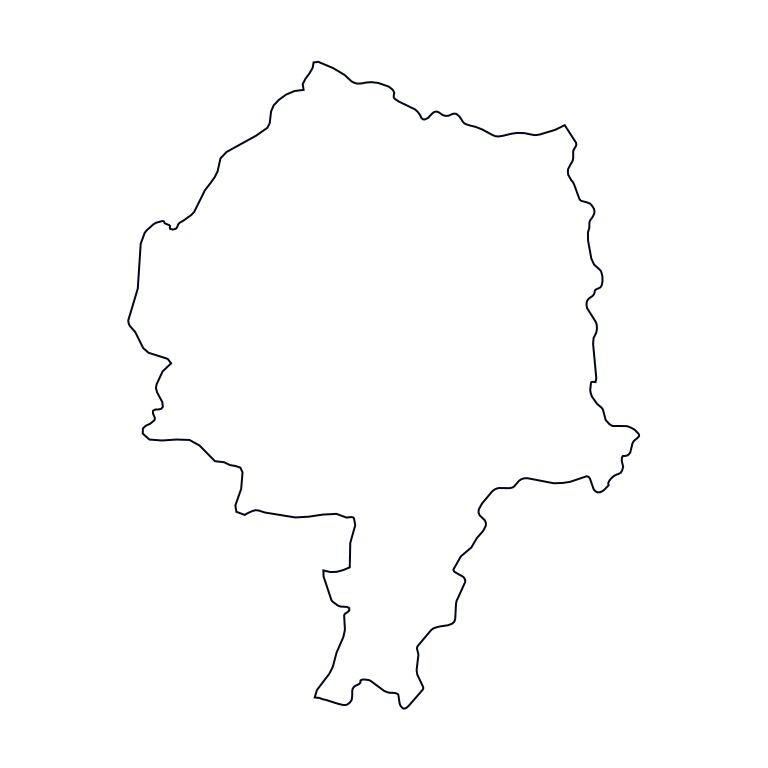 outline of Jihočeský, rotated 87°
{"feature_id": "CZE-1593", "entity_name": "Jihočeský", "entity_type": "Region", "adm_level": 1, "iso_a3": "CZE", "parent_name": "Czechia", "parent_adm1": "", "projection": "albers", "projection_center": [14.581, 49.086], "detail": "fine", "context": "isolated", "style": "outline", "palette": "ink", "viewbox_px": 768, "rotation_deg": 87, "n_neighbors": 0, "source": "natural_earth", "source_scale": "10m", "svg_char_len": 4877}
<svg xmlns="http://www.w3.org/2000/svg" viewBox="0 0 768 768"><g transform="rotate(87 384 384)"><path d="M80.3,449.5L75.0,446.4L69.8,442.1L64.3,438.6L59.2,437.5L59.2,437.3L58.8,432.9L65.8,418.4L73.3,407.2L80.1,400.6L81.6,398.0L82.6,395.2L82.7,391.1L82.4,388.7L82.0,386.0L81.9,380.8L83.1,373.9L87.3,363.6L90.6,359.9L93.5,358.5L97.3,359.3L98.6,359.1L99.9,358.2L102.9,354.1L111.4,338.6L114.2,335.9L117.5,333.8L120.0,332.9L121.7,331.3L122.0,329.6L120.7,326.2L116.3,321.6L115.1,319.9L114.7,318.2L114.9,316.3L116.0,314.5L118.1,311.9L119.0,310.1L119.5,308.3L119.5,305.6L117.8,301.1L117.7,299.5L118.1,297.6L119.7,295.8L120.9,294.6L126.4,291.4L127.9,290.2L129.0,288.1L130.3,284.8L132.1,278.8L134.9,272.7L141.0,262.7L142.4,259.7L142.8,256.5L142.4,252.5L140.8,244.0L140.2,238.1L140.8,230.8L143.1,221.8L143.4,219.5L143.0,215.4L139.2,199.9L135.0,190.0L153.1,179.6L154.8,179.4L156.3,179.8L159.9,182.3L161.6,182.9L168.1,183.2L170.2,183.7L171.9,184.4L173.6,185.7L179.2,189.0L181.8,189.3L185.0,189.0L190.6,186.1L192.3,184.8L194.7,183.7L209.7,179.1L210.7,178.3L211.5,177.4L213.2,171.9L214.7,168.7L216.7,167.0L220.2,165.1L222.4,164.8L224.8,165.1L227.9,166.8L231.7,169.8L233.5,170.4L239.2,170.9L243.2,172.4L251.5,172.7L269.6,170.4L275.7,168.0L281.3,162.4L282.6,161.5L284.1,161.0L287.8,160.3L292.8,160.4L296.5,161.3L298.1,162.2L299.1,163.3L300.3,166.4L300.9,167.7L301.6,168.4L302.4,168.7L303.6,168.9L305.1,169.5L306.2,170.3L307.5,171.8L308.1,173.0L309.6,175.1L310.3,175.8L311.0,176.4L312.0,176.9L313.4,177.4L315.7,177.6L318.9,177.2L333.4,169.1L336.0,168.5L339.8,168.4L344.0,169.4L349.1,172.3L354.9,173.1L389.4,171.7L393.2,172.7L392.9,174.2L392.8,175.5L392.9,176.7L393.4,177.2L400.8,178.4L404.1,178.0L407.5,177.0L414.9,172.3L419.4,167.6L421.5,166.6L431.6,164.5L435.9,161.0L437.9,158.0L438.6,145.5L438.8,144.1L439.1,142.7L441.0,138.8L442.3,136.8L443.2,135.7L447.0,132.4L448.5,131.9L449.7,132.2L451.4,134.0L453.6,137.0L454.6,138.0L456.3,139.0L465.4,141.7L467.1,143.2L468.2,145.0L468.4,146.3L468.5,149.4L470.1,150.3L473.3,150.6L479.2,149.5L483.0,150.8L485.0,152.2L485.8,153.7L486.7,156.7L487.7,158.9L489.0,160.8L490.6,162.5L492.1,163.8L493.5,164.7L494.9,165.3L496.9,165.0L501.3,169.7L502.6,171.8L503.4,174.0L503.4,176.3L502.3,178.4L500.2,180.1L489.2,183.3L487.5,184.5L486.7,186.4L491.4,203.1L492.2,210.9L492.0,219.7L485.6,245.6L485.5,249.0L486.3,251.9L487.7,254.2L492.9,259.2L493.8,260.4L494.3,262.1L494.6,264.4L493.9,274.3L494.2,276.6L495.1,279.0L496.8,281.5L508.5,292.4L514.4,296.0L517.3,296.3L520.1,295.4L525.4,290.4L528.1,289.5L530.8,289.7L535.8,292.6L542.8,299.4L551.8,305.3L560.1,316.2L572.7,324.3L574.1,324.2L575.4,323.3L580.8,314.9L582.3,313.8L584.1,313.2L586.0,313.3L602.5,321.8L603.8,322.7L607.3,323.6L622.5,325.2L625.2,326.3L627.0,328.7L628.3,332.8L629.0,340.5L629.8,344.8L630.9,348.0L632.4,350.0L647.4,364.0L648.6,364.7L650.0,364.9L655.3,363.9L656.7,363.9L671.4,366.4L675.9,366.0L688.0,361.0L689.3,360.7L690.3,360.8L691.5,361.5L706.5,376.0L708.6,378.6L709.2,380.3L709.1,381.6L708.3,382.8L707.0,383.8L705.4,384.7L703.3,385.2L696.4,385.8L694.8,386.1L694.0,386.9L693.3,388.8L692.9,390.9L692.7,394.4L692.0,396.7L690.5,399.9L680.4,412.1L679.1,414.0L678.6,415.9L678.0,419.7L678.2,421.6L678.7,422.8L679.3,423.1L680.2,423.0L681.3,423.5L682.3,424.6L683.7,427.9L684.9,430.0L686.9,431.3L689.0,431.8L694.0,432.1L697.7,432.8L699.2,433.8L700.6,435.1L702.2,437.5L702.5,439.2L702.5,441.2L701.1,446.2L696.5,458.4L695.4,462.2L694.1,465.1L693.4,469.6L686.1,467.0L670.4,453.7L663.7,449.9L649.7,445.4L634.5,437.8L627.5,435.9L612.8,435.9L611.3,434.8L609.9,432.4L608.3,430.5L605.9,430.5L604.7,432.5L604.0,438.9L603.0,441.4L598.7,446.7L597.1,447.8L573.2,454.4L567.0,454.3L569.0,447.5L569.1,441.0L567.7,434.5L565.3,427.8L540.9,426.0L523.5,420.1L516.6,421.0L515.6,421.8L515.2,423.4L515.2,425.7L515.5,428.2L511.2,438.3L511.2,451.9L512.6,466.5L512.6,479.7L506.1,509.7L503.8,515.7L503.3,519.0L504.0,522.1L505.4,525.8L506.8,528.9L507.5,529.8L503.9,538.1L497.5,538.8L481.2,532.1L464.8,529.9L460.0,531.8L458.2,536.3L456.9,542.1L453.8,547.7L452.2,556.9L435.7,571.5L429.7,581.2L428.6,594.1L428.8,608.7L427.2,621.1L425.8,622.6L420.9,627.5L415.7,627.1L413.2,624.0L411.4,619.5L408.0,615.0L405.9,614.6L401.1,616.3L398.6,616.0L397.6,614.0L397.6,610.8L397.2,607.8L395.2,606.0L390.3,606.4L380.8,610.9L376.1,612.0L372.4,611.1L359.8,604.4L352.2,595.5L347.6,598.7L340.5,617.5L335.5,622.6L319.1,629.7L312.7,634.8L310.2,635.8L307.2,636.1L275.9,624.9L231.1,619.6L220.4,615.0L217.8,612.6L212.4,605.8L211.0,603.1L209.6,596.6L210.2,595.2L212.0,594.6L214.2,590.1L215.1,589.4L216.7,589.7L218.1,589.3L218.7,586.3L217.9,583.4L216.0,582.1L213.8,581.2L212.3,579.6L210.3,575.7L205.1,567.6L202.3,564.6L181.2,552.7L174.4,546.9L168.7,542.3L162.8,539.0L150.1,535.5L144.0,529.0L129.2,498.5L122.0,487.0L117.6,484.5L105.9,482.5L100.0,479.6L94.8,474.2L89.9,466.7L86.7,457.9L86.1,448.9L80.3,449.5Z" fill="none" stroke="#020617" stroke-width="2"/></g></svg>